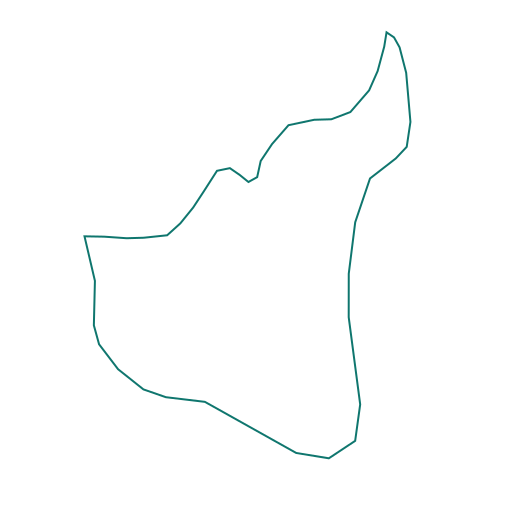 South West, Albers equal-area conic projection, rotated 264°
{"feature_id": "SGP-4872", "entity_name": "South West", "entity_type": "state/province", "adm_level": 1, "iso_a3": "SGP", "parent_name": "Singapore", "parent_adm1": "", "projection": "albers", "projection_center": [103.764, 1.348], "detail": "fine", "context": "isolated", "style": "outline", "palette": "teal", "viewbox_px": 512, "rotation_deg": 264, "n_neighbors": 0, "source": "natural_earth", "source_scale": "10m", "svg_char_len": 698}
<svg xmlns="http://www.w3.org/2000/svg" viewBox="0 0 512 512"><g transform="rotate(264 256 256)"><path d="M464.8,409.2L459.0,416.1L448.5,420.6L422.5,424.5L373.2,423.6L348.8,417.3L338.4,405.2L321.2,377.5L279.2,358.2L228.7,346.4L185.4,341.8L97.5,344.1L61.8,335.3L47.2,307.3L55.9,275.4L116.3,189.9L125.0,151.6L135.1,130.1L157.8,107.0L184.6,90.7L204.0,87.5L248.1,93.2L293.5,87.5L291.1,107.0L287.2,129.2L285.9,146.2L285.9,169.8L296.4,184.2L310.8,198.6L325.2,210.4L344.8,226.1L346.1,239.2L338.2,248.4L330.4,256.2L334.3,265.4L350.0,270.6L365.7,283.7L382.7,302.0L385.4,328.2L384.1,345.2L389.3,364.9L408.9,385.8L427.2,396.3L450.8,405.4L464.8,409.2Z" fill="none" stroke="#0f766e" stroke-width="2"/></g></svg>